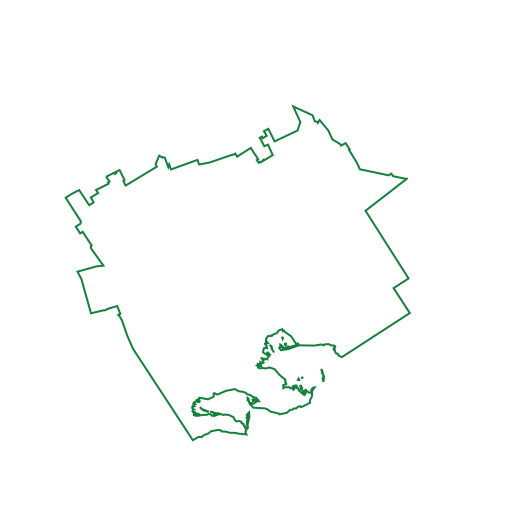 outline of Felipe Carrillo Puerto, Quintana Roo, Mexico, rotated 57°
{"feature_id": "50627088B38743512142751", "entity_name": "Felipe Carrillo Puerto", "entity_type": "district", "adm_level": 2, "iso_a3": "MEX", "parent_name": "Mexico", "parent_adm1": "Quintana Roo", "projection": "orthographic", "projection_center": [-87.619, 19.738], "detail": "fine", "context": "isolated", "style": "outline", "palette": "green", "viewbox_px": 512, "rotation_deg": 57, "n_neighbors": 0, "source": "geoboundaries", "source_scale": "gbopen_adm2", "svg_char_len": 6168}
<svg xmlns="http://www.w3.org/2000/svg" viewBox="0 0 512 512"><g transform="rotate(57 256 256)"><path d="M273.3,86.4L273.3,87.9L263.7,97.6L260.6,97.6L260.7,100.7L239.9,121.6L232.8,120.6L217.6,120.2L217.6,119.4L210.2,119.3L209.7,124.6L208.3,124.3L199.9,128.4L189.9,127.0L176.6,128.6L178.1,131.7L176.6,131.7L175.2,133.3L168.7,132.0L150.9,143.3L167.8,145.9L173.4,152.8L170.0,178.0L156.0,176.4L155.7,181.4L161.0,181.6L160.9,186.3L159.1,186.0L158.9,188.4L168.5,189.2L169.1,185.3L180.5,187.0L180.2,196.7L179.4,196.8L179.6,198.3L180.1,198.3L179.9,201.4L179.1,201.4L179.1,203.0L176.0,203.1L176.0,201.5L162.5,201.5L162.4,217.7L158.8,217.6L158.9,219.6L158.2,220.5L152.3,244.1L148.3,253.8L143.5,252.8L137.1,280.2L131.9,278.9L133.7,281.2L123.8,278.9L122.3,280.4L122.5,280.9L119.1,282.5L124.3,290.2L127.1,290.5L125.9,327.0L120.7,326.3L120.7,324.9L109.6,323.6L109.1,328.2L110.3,328.1L110.3,329.7L108.9,329.7L108.0,338.0L109.2,338.5L113.7,338.2L113.8,340.2L115.1,340.3L113.5,354.2L117.2,354.2L116.9,362.6L122.6,363.0L122.6,368.2L104.4,368.4L103.5,376.9L103.5,383.9L131.3,384.0L133.3,385.5L133.2,391.1L141.3,391.2L141.3,388.2L157.8,388.1L158.3,389.7L160.3,390.2L181.0,389.2L177.8,395.5L171.9,414.2L180.3,415.0L214.2,425.6L218.5,413.4L219.5,411.9L219.4,409.8L222.3,399.7L230.5,401.3L230.5,403.7L231.7,403.2L237.2,403.5L252.4,407.3L266.9,409.7L376.1,409.3L376.4,402.7L378.2,400.3L377.9,397.1L378.9,392.6L378.5,389.2L381.2,382.5L383.0,380.4L384.3,380.5L386.6,377.3L389.9,374.3L393.5,369.1L394.4,368.7L400.4,361.2L398.4,361.1L396.2,358.1L394.6,358.1L394.1,358.7L393.2,358.0L392.4,358.6L390.1,358.0L389.4,358.7L388.1,359.1L387.5,358.5L385.5,359.6L384.1,362.4L382.3,363.0L378.6,362.8L374.6,365.4L372.2,368.1L371.6,369.9L367.3,373.2L365.8,375.6L363.2,377.3L361.6,379.3L363.2,377.7L365.8,376.7L366.3,375.6L366.8,375.7L366.8,374.5L367.6,373.4L369.5,371.9L368.3,374.0L367.5,378.0L366.9,377.6L365.9,380.1L364.6,379.9L362.7,381.8L362.4,383.7L360.2,387.3L358.7,391.2L357.9,392.1L357.7,391.7L356.5,392.2L357.4,393.3L355.6,394.8L354.9,394.3L355.4,393.7L355.2,393.5L351.5,393.9L350.6,392.6L351.0,391.6L349.2,392.2L348.9,391.4L347.8,391.7L347.1,390.1L347.6,390.3L348.2,389.4L346.4,389.5L346.0,389.2L347.0,387.6L345.0,387.8L345.2,385.8L346.4,384.5L345.6,384.7L344.9,384.0L344.8,384.7L344.3,384.1L344.9,383.4L347.1,383.4L347.2,382.3L344.2,381.5L344.1,380.6L350.1,374.2L350.9,368.9L350.4,367.6L348.4,366.6L348.2,365.7L351.2,363.8L352.7,354.7L356.0,346.3L360.0,344.2L362.7,341.0L365.4,338.9L367.0,338.8L369.9,336.3L372.4,335.5L375.1,333.1L375.6,333.5L377.3,332.7L379.4,332.6L377.9,334.8L377.5,334.6L376.5,335.2L378.5,335.2L378.4,339.0L377.7,340.3L376.9,339.8L375.2,341.5L372.6,340.4L372.6,341.2L377.1,341.8L381.8,340.8L388.6,331.6L390.8,329.9L394.4,328.6L400.5,322.7L401.6,322.6L404.3,315.3L403.6,311.3L404.7,309.2L404.5,307.3L405.7,305.5L405.3,302.5L406.3,300.6L407.1,300.7L407.6,299.1L408.5,290.7L406.4,289.4L404.3,285.6L399.6,282.3L398.2,278.4L397.6,279.6L397.9,281.3L398.2,281.9L398.5,281.0L400.4,284.6L399.2,286.2L397.9,286.4L396.4,288.5L397.4,288.2L397.6,290.1L398.6,289.7L398.9,291.3L394.5,292.7L393.6,292.3L393.2,293.0L391.9,293.3L389.9,292.7L388.7,293.8L387.4,292.6L386.5,292.7L386.0,293.6L387.2,295.1L385.6,294.8L385.3,296.1L389.4,297.5L387.1,297.6L386.1,298.1L385.8,299.2L384.2,299.4L381.7,303.5L381.7,305.0L379.1,303.5L380.3,299.7L379.4,300.8L378.8,300.7L378.3,299.8L377.1,299.9L375.9,298.7L368.4,301.1L361.0,302.0L356.9,305.4L355.6,309.1L353.3,311.8L352.6,313.7L350.6,315.0L349.6,314.8L349.8,314.0L348.2,314.8L348.3,313.6L347.6,313.2L349.6,311.8L348.3,311.9L348.3,311.0L347.4,310.3L349.4,309.8L349.5,307.7L348.0,307.9L346.6,306.4L344.0,307.5L346.3,305.6L348.2,305.7L347.2,305.1L347.1,304.2L348.7,302.8L348.1,302.5L346.5,297.9L343.6,298.5L342.6,299.8L345.2,298.5L346.6,299.2L345.3,300.6L340.6,302.6L337.7,299.8L338.0,298.1L339.3,296.9L336.4,295.8L335.5,296.5L334.4,296.1L334.0,294.9L332.9,294.2L334.7,294.6L335.6,293.4L332.0,293.6L330.9,292.7L329.7,289.6L331.2,287.1L331.0,286.1L331.6,285.9L331.2,284.2L332.1,280.0L331.1,278.6L331.0,276.3L331.6,273.9L333.7,274.3L333.6,273.2L335.2,273.2L342.6,270.2L351.2,270.2L352.5,268.4L352.9,268.5L352.1,270.5L352.5,271.6L351.2,275.4L351.3,276.4L350.3,277.6L351.1,278.7L349.6,278.6L350.7,280.0L350.0,280.2L350.7,280.4L350.5,281.1L348.7,280.8L350.2,281.8L349.1,282.2L349.6,282.4L348.6,283.2L346.2,282.9L345.8,283.2L348.3,283.5L347.5,283.9L345.3,284.1L344.0,283.4L343.5,283.8L346.6,285.0L344.8,285.0L345.9,286.7L348.6,286.4L351.9,278.3L354.3,268.6L362.9,255.9L365.6,249.7L367.8,247.8L367.3,247.2L369.3,243.2L371.7,241.9L373.2,239.7L374.9,238.7L375.6,239.6L375.4,240.8L377.0,241.9L377.6,241.5L377.3,241.0L379.9,241.9L381.6,241.7L382.6,240.6L384.1,241.1L387.6,239.1L387.6,158.1L357.9,158.1L357.9,140.3L277.7,139.5L273.3,86.4ZM388.9,351.9L388.9,352.9L392.5,355.7L392.7,354.8L387.4,349.2L383.4,346.9L384.2,350.3L385.6,350.6L385.4,350.0L386.2,350.0L386.4,351.9L388.9,351.9ZM386.3,262.8L390.8,264.5L392.3,264.4L388.2,262.9L386.3,262.8ZM352.2,385.3L354.8,385.0L357.1,383.9L359.8,381.7L361.0,380.3L355.0,384.6L352.2,385.3ZM338.1,292.8L341.2,292.8L342.3,293.4L346.8,293.4L343.3,293.3L340.4,292.1L338.1,292.8ZM389.2,288.9L389.0,289.5L391.1,290.1L391.4,289.6L391.2,290.6L392.0,290.9L392.6,290.3L392.7,289.7L391.6,289.2L389.2,288.9ZM345.4,279.6L346.7,280.1L347.3,279.9L345.7,278.7L345.4,279.6ZM339.6,278.0L337.9,278.2L340.1,278.8L339.6,278.0ZM372.4,340.4L371.1,340.2L370.5,340.4L372.1,341.4L372.4,340.4ZM392.7,264.4L394.3,265.7L395.1,265.5L394.3,264.5L392.7,264.4ZM375.3,336.3L374.7,337.1L376.1,337.7L376.2,336.7L375.3,336.3ZM383.5,287.4L382.2,287.1L382.6,287.8L382.2,289.1L383.5,287.4ZM357.6,390.0L356.7,390.5L356.4,390.9L357.7,391.4L357.6,390.0ZM396.0,267.0L397.4,267.8L397.6,267.6L397.0,266.7L396.0,267.0ZM355.1,392.4L353.7,392.2L353.4,392.6L355.0,393.0L355.1,392.4ZM395.8,289.4L395.4,290.1L394.0,290.1L396.3,290.6L395.8,289.4ZM394.5,355.8L395.7,357.9L395.7,356.3L394.5,355.8ZM395.1,265.8L395.0,266.8L396.0,267.1L395.7,266.0L395.1,265.8ZM351.2,311.1L350.0,312.7L350.9,312.2L351.2,311.1ZM384.1,283.1L383.2,283.2L382.8,284.5L383.6,283.4L384.1,283.1ZM395.8,287.0L395.3,287.1L395.5,288.6L396.1,289.0L395.8,287.0Z" fill="none" stroke="#15803d" stroke-width="2"/></g></svg>